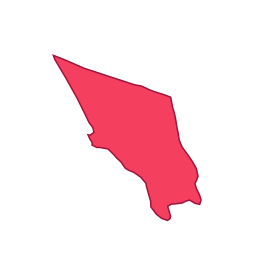 Norsjö, Västerbotten, Sweden (Robinson projection), rotated 38°
{"feature_id": "70781695B82980713589977", "entity_name": "Norsjö", "entity_type": "district", "adm_level": 2, "iso_a3": "SWE", "parent_name": "Sweden", "parent_adm1": "Västerbotten", "projection": "robinson", "projection_center": [19.643, 64.943], "detail": "fine", "context": "isolated", "style": "filled", "palette": "rose", "viewbox_px": 256, "rotation_deg": 38, "n_neighbors": 0, "source": "geoboundaries", "source_scale": "gbopen_adm2", "svg_char_len": 988}
<svg xmlns="http://www.w3.org/2000/svg" viewBox="0 0 256 256"><g transform="rotate(38 128 128)"><path d="M112.7,86.7L106.4,90.0L81.5,99.0L56.5,108.0L36.7,113.1L24.5,116.7L28.1,119.0L48.8,127.1L69.7,135.9L83.7,142.6L93.8,147.6L100.2,149.4L103.8,152.5L102.6,157.0L100.7,158.0L104.4,160.0L108.7,161.5L110.2,163.6L115.4,162.5L118.1,160.5L121.8,158.6L125.1,156.8L131.5,157.5L137.6,158.6L143.4,159.1L150.4,161.3L154.1,161.0L159.9,159.4L168.4,158.9L176.0,160.5L179.1,163.1L185.2,167.6L190.7,171.6L194.7,176.1L203.5,178.5L210.2,178.5L216.0,176.5L216.9,173.7L216.0,171.4L211.4,168.1L207.4,165.2L209.0,161.3L211.7,158.9L216.9,153.7L218.7,149.9L220.8,146.9L227.2,146.1L231.5,144.0L229.9,139.7L225.6,136.7L219.2,133.6L215.0,130.7L214.3,127.4L212.8,122.8L206.7,117.8L199.7,114.9L191.8,112.4L182.4,109.7L176.0,106.2L170.8,101.3L166.2,97.4L158.9,90.6L155.0,87.5L149.8,83.8L145.9,80.2L142.6,77.5L137.3,79.1L125.9,83.3L120.9,84.8L112.7,86.7Z" fill="#f43f5e" stroke="#9f1239" stroke-width="1.5"/></g></svg>